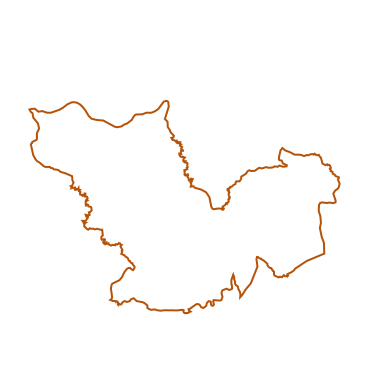 outline of Atrato (Yuto), Chocó, Colombia, rotated 257°
{"feature_id": "7082276B67821658402915", "entity_name": "Atrato (Yuto)", "entity_type": "district", "adm_level": 2, "iso_a3": "COL", "parent_name": "Colombia", "parent_adm1": "Chocó", "projection": "orthographic", "projection_center": [-76.61, 5.549], "detail": "fine", "context": "isolated", "style": "outline", "palette": "amber", "viewbox_px": 384, "rotation_deg": 257, "n_neighbors": 0, "source": "geoboundaries", "source_scale": "gbopen_adm2", "svg_char_len": 5933}
<svg xmlns="http://www.w3.org/2000/svg" viewBox="0 0 384 384"><g transform="rotate(257 192 192)"><path d="M214.5,290.0L212.6,287.6L206.4,284.6L204.2,284.0L203.3,284.4L202.4,286.5L199.4,287.0L196.8,290.4L195.7,289.9L196.1,286.4L198.1,283.0L197.3,281.2L198.4,278.2L197.9,277.1L197.8,275.4L198.5,271.7L199.6,269.7L199.2,265.4L200.5,262.8L198.5,257.9L199.1,254.6L200.2,252.8L199.9,251.1L197.6,248.6L195.9,243.5L193.7,242.8L191.7,240.7L192.4,237.7L191.9,236.9L190.0,236.1L189.3,233.6L188.3,232.0L188.4,230.6L187.6,230.3L187.6,229.3L187.0,228.8L187.0,227.4L186.0,227.0L185.2,228.2L184.2,227.6L183.3,228.4L182.2,227.4L180.5,227.0L178.3,227.7L177.6,226.5L176.9,226.8L176.4,225.7L174.4,225.6L173.6,224.8L173.6,223.3L172.7,223.2L173.2,222.5L172.1,221.8L170.8,218.5L169.9,218.2L168.8,219.3L168.2,219.0L167.7,218.0L169.2,216.4L170.0,214.2L170.4,209.0L171.4,208.0L173.5,207.5L182.9,207.8L188.5,205.7L192.3,201.5L195.6,195.5L197.3,194.7L197.5,192.0L199.8,193.2L201.9,192.6L201.9,193.6L202.7,193.6L202.9,194.6L204.5,195.6L205.2,194.0L204.2,193.3L204.1,191.6L206.5,191.7L207.9,190.9L209.2,192.0L210.2,191.9L209.6,189.2L210.7,188.6L211.2,189.3L213.1,189.1L214.0,189.7L214.9,189.4L215.3,192.5L216.7,192.2L217.2,193.4L219.0,193.2L220.2,194.0L221.4,193.8L222.5,191.6L223.4,192.7L224.2,190.5L225.7,190.9L227.2,192.8L228.5,190.7L228.3,190.1L229.0,188.8L230.9,188.1L232.3,188.3L231.4,190.0L232.7,189.9L234.5,190.6L234.2,192.5L234.9,192.5L235.6,191.4L236.6,191.1L238.1,192.5L239.9,190.6L240.8,191.2L241.0,191.9L241.8,191.0L243.0,191.8L243.6,190.4L242.8,189.5L242.8,188.7L243.8,188.1L244.6,188.8L245.4,188.7L244.9,187.6L246.3,186.7L247.1,184.7L249.4,184.1L249.2,186.0L250.8,187.0L255.4,184.4L257.0,184.4L260.9,183.0L266.0,184.0L269.2,182.0L280.5,188.6L285.0,189.1L286.0,188.5L286.6,187.5L286.4,184.8L280.5,177.9L279.2,174.7L278.5,171.5L278.5,169.3L279.5,165.8L278.9,160.9L280.0,155.4L279.9,153.9L278.3,151.8L275.8,149.5L273.4,144.3L272.9,140.8L271.8,138.3L271.9,133.8L272.9,131.5L281.6,121.6L283.7,115.2L286.0,110.6L289.2,108.5L295.7,106.4L299.4,104.6L302.4,102.7L304.9,100.0L306.1,97.1L306.4,94.9L305.5,90.4L303.1,85.2L301.9,81.0L301.0,72.4L301.8,68.7L304.5,64.4L304.8,60.4L308.5,57.6L309.0,54.8L309.0,52.2L306.4,52.9L304.7,54.3L300.1,54.1L293.5,57.3L289.0,57.3L288.0,57.1L284.0,54.0L279.1,53.0L277.8,52.3L276.7,47.7L275.6,47.1L275.3,46.3L274.5,45.7L263.8,45.6L259.5,46.7L256.9,48.0L255.2,49.9L250.4,53.4L249.5,54.6L248.3,59.3L247.2,59.8L246.4,61.8L245.3,62.3L243.6,66.6L241.3,68.3L238.6,73.0L234.4,78.7L230.0,78.1L227.8,78.7L224.9,76.4L224.9,75.2L223.6,76.1L222.8,75.4L222.8,78.8L222.2,78.7L221.2,79.6L220.6,78.5L220.2,78.7L220.2,79.4L221.0,80.1L220.3,81.2L221.4,82.3L219.6,82.0L219.2,83.3L218.1,82.1L217.0,83.3L216.0,82.6L214.6,82.5L214.0,83.9L212.8,84.6L212.8,85.2L213.8,85.3L213.7,86.9L214.7,87.1L214.4,87.8L211.6,86.8L211.1,88.5L209.4,88.9L208.0,87.1L207.3,88.2L206.5,86.2L202.7,85.5L202.7,85.8L203.8,86.4L203.6,87.0L202.9,87.8L201.3,87.8L200.3,90.0L199.6,90.4L196.6,90.1L195.3,88.1L195.4,87.0L192.7,87.1L192.5,86.0L193.7,83.3L191.5,83.6L191.1,85.0L190.2,84.6L187.7,81.6L188.5,78.8L186.3,79.7L185.9,81.2L185.3,79.6L184.3,79.9L183.0,79.2L179.4,81.5L178.6,82.5L179.7,84.2L179.0,84.9L178.4,87.5L177.4,89.0L177.5,91.4L175.8,94.3L175.5,96.0L169.7,95.3L168.8,93.7L167.0,93.1L165.7,93.4L165.9,95.7L165.3,96.5L164.4,96.2L163.5,94.4L162.9,94.1L161.8,94.5L162.2,97.3L161.7,97.2L161.2,95.4L160.6,95.6L160.8,99.1L159.6,99.1L158.0,101.1L158.4,102.4L157.4,105.3L158.3,105.8L157.7,107.2L158.2,107.7L158.0,108.9L158.6,109.4L158.1,110.3L157.0,110.5L156.3,111.6L155.0,110.1L151.2,111.2L150.5,111.0L150.4,110.3L148.9,110.2L147.6,109.2L145.4,112.1L144.2,112.5L142.4,114.4L139.2,115.1L138.8,116.0L137.3,116.3L136.1,117.2L136.0,117.9L134.4,118.1L132.4,119.2L131.1,119.0L129.1,117.1L129.8,116.1L131.9,114.6L132.2,113.0L131.8,111.4L129.2,108.2L124.8,104.6L122.4,101.5L120.6,93.8L119.7,92.8L116.3,91.3L107.5,90.5L106.0,89.7L105.2,88.1L103.6,90.4L102.9,93.1L102.1,93.2L102.5,93.8L102.2,94.5L101.0,95.1L99.5,94.4L98.3,94.8L99.3,96.1L98.5,96.8L98.5,98.0L99.7,98.9L100.8,101.0L100.8,102.1L99.6,103.5L99.5,105.6L100.0,107.4L101.1,108.1L101.6,111.3L98.2,113.5L95.8,119.0L94.4,120.8L91.5,123.0L89.2,122.4L87.7,123.7L86.3,125.8L86.0,129.4L84.8,131.0L83.4,134.7L83.0,138.4L79.9,151.2L79.3,156.6L78.7,157.3L77.4,156.7L76.3,157.0L75.3,158.1L75.5,159.0L75.0,160.3L75.8,163.7L77.2,162.3L78.6,162.3L78.7,163.7L81.7,170.9L81.4,172.9L80.2,174.2L77.9,174.9L76.4,176.8L77.8,180.2L80.5,181.5L81.9,183.6L81.0,185.5L77.9,185.3L76.9,185.7L76.5,186.6L76.7,187.4L77.6,188.1L80.4,188.0L81.8,188.7L79.9,194.9L80.1,196.3L82.9,198.1L86.5,198.0L88.0,198.5L89.4,199.6L90.0,203.9L88.2,206.2L88.4,208.7L88.9,209.4L92.3,209.9L93.2,209.6L97.3,210.5L102.2,213.6L99.1,214.0L97.6,213.4L94.9,213.8L93.1,213.3L91.5,213.8L89.7,215.4L86.5,215.4L84.8,216.1L81.6,216.2L78.6,215.3L80.3,217.7L85.2,222.7L89.8,228.8L104.6,239.0L112.1,239.7L114.1,240.7L113.7,241.8L112.3,242.7L111.5,244.3L110.9,244.3L109.4,246.2L105.2,249.3L103.6,249.0L101.3,250.1L100.4,251.0L100.0,252.2L98.3,252.5L97.6,253.1L97.0,253.0L95.9,254.0L93.3,253.3L92.0,253.7L89.3,257.2L89.7,258.7L88.7,260.4L90.3,262.8L89.1,263.5L88.8,265.4L88.2,265.8L88.9,266.8L90.0,266.3L90.5,266.5L91.5,270.9L92.8,273.9L94.1,275.2L99.0,288.3L102.2,307.0L112.7,309.1L119.1,308.3L128.1,308.5L132.9,310.7L139.5,311.6L145.1,311.2L150.9,312.9L152.4,314.3L152.7,316.0L150.9,321.1L150.8,323.6L149.4,326.9L149.6,329.5L151.5,330.0L158.6,329.3L161.1,331.7L162.6,335.1L163.8,336.2L166.9,337.7L171.5,337.0L172.5,338.2L173.3,338.4L175.3,335.4L176.6,335.1L178.2,333.2L180.1,333.4L181.1,331.9L181.8,332.3L183.3,331.5L183.8,331.6L184.2,332.7L186.3,332.5L187.6,331.8L187.6,330.3L188.6,329.9L188.1,328.1L190.3,325.6L196.0,325.3L197.0,325.1L197.5,324.5L199.7,323.9L199.6,322.4L200.3,321.1L201.7,320.1L201.0,319.0L201.8,318.2L202.1,315.9L201.6,313.9L202.2,311.9L201.8,309.3L203.9,306.1L205.3,300.4L208.8,296.4L211.5,292.2L214.5,290.0Z" fill="none" stroke="#b45309" stroke-width="2"/></g></svg>